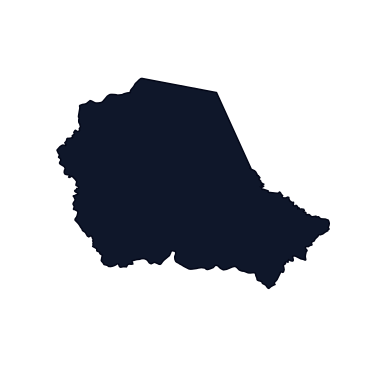 Vallecillo, Francisco Morazán, Honduras, rotated 113°
{"feature_id": "27666195B71251784838701", "entity_name": "Vallecillo", "entity_type": "district", "adm_level": 2, "iso_a3": "HND", "parent_name": "Honduras", "parent_adm1": "Francisco Morazán", "projection": "equal_earth", "projection_center": [-87.364, 14.533], "detail": "fine", "context": "isolated", "style": "filled", "palette": "ink", "viewbox_px": 384, "rotation_deg": 113, "n_neighbors": 0, "source": "geoboundaries", "source_scale": "gbopen_adm2", "svg_char_len": 6028}
<svg xmlns="http://www.w3.org/2000/svg" viewBox="0 0 384 384"><g transform="rotate(113 192 192)"><path d="M167.4,325.7L167.6,325.2L167.8,324.9L170.0,324.4L171.8,323.6L172.6,322.8L173.2,321.9L175.3,320.3L175.9,320.1L177.6,320.5L179.1,319.6L179.4,319.6L180.1,319.8L181.1,321.0L181.1,321.6L180.7,323.2L180.8,323.5L181.1,323.7L183.2,324.1L184.4,323.1L184.9,322.9L185.4,323.2L186.1,323.8L187.2,324.2L188.2,323.2L188.7,323.1L189.0,323.4L189.2,324.1L189.6,324.4L190.4,325.7L191.3,327.6L191.7,327.9L194.4,327.6L196.3,328.3L197.5,326.8L197.9,326.5L198.4,326.5L198.8,326.8L198.9,327.9L199.3,329.3L200.1,330.1L201.8,331.2L205.9,332.6L206.4,332.5L208.6,330.1L209.1,329.1L209.5,328.7L210.1,328.4L211.7,328.5L212.2,328.3L212.6,326.4L213.0,325.8L214.3,325.1L216.3,325.4L216.9,325.3L217.3,325.1L217.7,324.5L217.9,323.6L218.5,319.5L220.1,317.8L220.6,317.5L221.2,317.8L221.8,317.9L223.7,317.4L224.9,316.4L225.1,315.9L225.1,314.8L224.5,312.4L224.5,311.6L224.9,311.2L226.4,311.4L226.6,310.9L226.3,310.2L225.3,309.6L224.6,309.0L224.4,308.5L224.6,307.8L226.0,304.5L227.4,302.1L230.5,301.7L231.2,301.3L231.4,299.0L231.7,298.3L232.3,298.0L232.9,298.0L233.3,298.3L233.5,299.0L233.8,299.4L235.1,299.4L236.2,300.3L236.8,300.4L237.1,300.1L237.4,299.5L237.7,296.8L238.1,296.4L238.5,296.2L239.0,296.5L240.1,297.8L241.2,298.6L241.8,299.6L242.1,299.7L242.4,299.4L242.8,298.5L244.8,296.5L245.5,296.4L248.0,296.9L249.2,296.9L249.7,296.7L251.0,295.1L251.7,294.6L252.3,294.4L253.0,294.6L254.1,294.4L254.3,294.0L254.0,293.0L254.3,290.5L254.5,289.7L254.9,289.3L256.5,288.8L258.7,288.5L260.2,288.5L262.2,289.0L263.1,288.9L263.6,288.6L265.5,284.2L266.8,282.1L267.6,281.2L269.0,278.8L269.8,278.2L270.3,277.5L270.7,275.2L271.0,274.2L273.4,271.1L273.6,269.5L271.9,268.1L271.7,267.6L271.9,267.0L272.5,266.3L273.3,265.7L273.8,265.1L274.9,264.0L275.8,264.3L277.0,263.1L278.3,263.0L279.6,262.2L280.9,262.1L281.2,259.1L281.4,257.9L281.8,257.3L282.9,256.9L283.4,256.5L283.5,253.5L283.8,253.2L284.7,252.7L285.3,249.8L285.6,249.6L286.6,249.6L290.4,248.8L291.0,248.2L292.0,246.1L292.9,245.0L293.1,244.5L292.6,241.3L293.1,239.7L292.5,237.9L291.5,236.4L290.5,235.2L289.2,234.0L287.5,232.8L286.9,232.1L287.0,231.5L288.9,229.7L289.2,228.7L289.0,228.1L287.6,226.1L286.5,223.1L284.3,222.9L283.4,222.4L282.7,221.3L282.3,219.8L281.4,218.4L280.6,218.8L279.5,220.1L279.0,220.2L278.6,220.0L275.8,216.5L274.4,213.9L273.1,212.4L272.3,210.8L271.9,209.1L272.0,207.4L272.4,206.1L273.9,203.7L274.1,202.2L273.9,201.4L271.9,199.7L271.3,198.9L271.3,195.4L271.4,194.2L271.1,193.2L270.6,192.7L269.9,192.4L267.5,191.9L265.4,191.1L259.4,188.0L257.0,187.9L254.4,188.0L253.9,187.5L253.6,186.5L253.2,184.5L253.4,184.0L253.8,183.6L255.4,182.8L258.0,182.7L259.1,182.3L260.8,181.3L261.8,180.3L262.3,179.7L262.6,178.4L262.7,176.3L263.0,175.4L263.1,173.4L263.6,170.5L264.0,164.8L263.7,163.5L262.9,161.8L260.6,157.9L259.6,156.6L257.9,153.8L257.1,150.9L257.0,150.0L257.4,149.2L257.5,148.5L257.4,147.7L257.0,147.0L255.7,145.4L253.3,143.0L250.6,142.0L250.1,141.5L249.9,140.6L249.8,139.5L251.1,136.1L251.4,133.6L251.3,132.5L249.6,129.9L245.3,125.7L244.2,124.3L243.7,123.3L243.7,122.4L243.9,121.3L244.8,119.2L245.3,118.0L245.3,115.8L245.1,114.6L244.6,113.2L244.5,109.3L244.4,108.5L243.8,106.8L242.4,104.2L241.9,103.1L241.9,102.5L242.7,101.4L244.1,100.5L245.8,98.7L247.0,98.0L247.5,97.4L247.6,96.3L247.3,94.2L247.4,92.9L247.7,92.3L248.6,91.4L248.9,87.8L250.4,85.4L250.8,84.3L250.7,83.6L248.1,82.3L245.8,80.5L244.8,79.5L244.1,80.3L242.9,80.7L242.0,80.5L240.6,79.8L239.1,79.5L231.3,79.1L230.6,78.7L230.5,77.1L230.2,76.8L229.7,76.6L228.3,76.7L227.4,76.9L225.5,78.1L224.0,79.3L222.7,79.0L222.5,78.5L221.4,78.0L220.8,78.2L220.8,78.7L220.4,78.8L219.1,77.5L219.2,76.7L219.0,76.2L217.6,76.7L216.5,76.6L216.5,76.0L216.7,74.7L216.6,73.7L216.4,72.7L216.0,72.2L215.4,72.1L214.5,72.5L212.2,74.2L211.6,74.0L211.1,73.2L210.7,72.3L210.6,71.4L211.0,65.5L210.5,63.4L210.5,61.3L210.2,60.9L209.7,60.9L207.4,62.4L205.6,63.0L202.2,63.6L201.4,63.2L201.0,63.2L200.6,63.5L199.9,65.0L199.1,65.9L197.9,65.8L197.5,65.4L196.8,63.5L195.3,62.7L194.0,61.0L193.7,61.0L193.3,61.2L192.5,62.1L191.7,62.2L190.9,61.9L189.2,60.4L187.9,60.4L186.8,60.2L183.7,58.8L182.1,58.8L181.7,58.4L181.2,57.1L179.5,55.2L176.7,53.6L174.6,51.9L173.8,52.1L172.5,51.4L171.4,52.8L169.0,52.9L167.2,53.4L165.7,54.5L164.7,55.6L164.8,58.6L166.2,62.5L166.1,64.2L165.5,65.3L165.4,66.0L166.5,67.9L166.3,68.3L165.9,68.4L166.0,68.8L166.6,69.6L168.0,72.0L167.6,73.9L167.2,74.5L167.0,75.2L167.2,75.9L168.1,77.5L168.2,77.9L168.0,78.2L167.2,78.8L166.7,79.0L166.5,79.3L166.4,79.7L166.7,80.8L166.6,81.5L166.5,81.8L166.2,81.8L165.2,81.4L164.3,82.4L164.8,84.5L165.7,85.9L165.5,86.3L164.9,87.1L164.8,87.5L165.0,87.7L166.0,87.8L166.2,88.1L164.8,88.8L164.1,89.3L163.6,90.8L163.7,91.1L164.5,91.3L164.7,91.5L164.8,93.5L161.9,94.5L161.9,95.0L162.4,95.5L162.6,96.0L162.1,97.5L162.0,98.3L160.8,99.9L159.2,100.8L159.2,101.4L159.4,102.0L160.8,103.3L161.7,105.4L161.8,105.8L161.0,107.5L160.6,107.6L159.9,107.3L159.3,108.8L158.2,110.2L157.8,111.2L157.9,111.5L159.2,111.9L159.5,112.2L160.2,114.1L162.3,121.1L162.4,121.5L162.2,121.9L161.3,122.3L161.2,122.4L161.4,124.7L161.6,127.4L162.2,128.3L162.2,128.8L161.1,129.3L160.7,130.5L160.0,129.2L159.1,128.5L158.8,128.4L158.8,130.4L158.7,130.8L158.4,130.9L158.1,130.7L157.1,129.0L156.8,129.0L156.7,130.6L156.2,132.5L155.2,132.9L154.3,135.0L153.9,135.5L153.4,135.6L152.4,135.1L152.2,135.2L151.6,136.5L151.0,137.4L151.4,138.4L151.3,138.8L151.1,138.9L150.4,138.9L148.5,141.4L148.0,142.9L147.9,145.9L147.4,147.9L147.1,147.9L146.8,147.5L90.9,208.3L106.8,281.5L107.0,282.5L107.6,283.4L109.3,284.4L111.8,285.4L114.3,286.5L117.7,286.9L121.7,288.1L123.5,288.1L124.5,287.8L124.8,287.9L126.1,290.3L128.1,292.9L129.7,294.3L131.7,297.9L132.0,298.6L132.1,299.8L132.4,300.9L133.4,303.7L134.2,305.4L135.2,306.3L136.9,307.4L143.7,309.5L145.0,310.4L146.5,312.7L147.7,315.3L147.8,316.6L147.5,320.1L147.7,321.5L152.0,323.8L153.2,325.3L154.2,327.0L156.1,329.0L156.8,329.1L157.7,328.4L159.1,327.9L166.6,326.1L167.4,325.7Z" fill="#0f172a" stroke="#020617" stroke-width="1.5"/></g></svg>